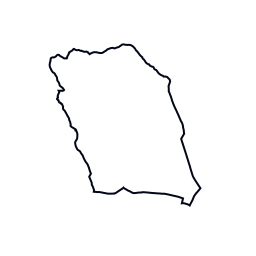 outline of Sura Mica, Sibiu, Romania, rotated 64°
{"feature_id": "2599482B27729481581318", "entity_name": "Sura Mica", "entity_type": "district", "adm_level": 2, "iso_a3": "ROU", "parent_name": "Romania", "parent_adm1": "Sibiu", "projection": "albers", "projection_center": [24.025, 45.833], "detail": "fine", "context": "isolated", "style": "outline", "palette": "ink", "viewbox_px": 256, "rotation_deg": 64, "n_neighbors": 0, "source": "geoboundaries", "source_scale": "gbopen_adm2", "svg_char_len": 5625}
<svg xmlns="http://www.w3.org/2000/svg" viewBox="0 0 256 256"><g transform="rotate(64 128 128)"><path d="M181.1,168.6L180.9,166.5L180.2,161.4L180.0,159.7L179.8,158.8L179.6,158.2L180.1,158.1L180.6,157.8L181.3,157.4L182.0,156.8L182.4,156.6L183.3,156.0L184.1,155.5L184.9,154.8L186.8,153.3L187.9,152.6L188.8,151.8L189.6,150.2L190.6,147.0L191.2,145.7L191.5,145.0L191.6,144.6L191.8,144.0L192.1,143.6L192.2,143.2L192.2,142.7L194.5,138.8L197.3,134.3L197.7,133.5L199.0,131.3L200.1,129.5L200.4,129.0L200.7,128.2L201.1,127.6L201.6,126.9L202.4,125.5L202.9,124.3L204.9,121.6L211.5,113.4L213.6,111.2L215.4,109.4L219.3,112.6L219.5,112.0L219.8,111.3L220.3,110.5L222.4,108.2L223.8,107.0L224.7,106.5L223.5,105.0L222.8,104.0L221.1,101.7L218.6,98.9L217.9,97.9L217.5,97.2L216.9,96.0L216.6,95.6L216.4,94.9L215.4,92.7L215.0,91.7L213.9,89.3L211.8,89.6L204.1,90.6L201.4,90.8L199.4,90.8L192.2,89.7L189.6,89.2L175.8,87.1L169.5,86.2L167.4,85.9L161.1,85.0L157.7,80.0L157.4,80.0L155.6,79.3L154.2,78.8L151.4,78.2L150.7,77.8L148.7,77.4L146.8,77.2L145.3,77.4L137.6,77.0L135.7,77.0L133.6,76.9L132.4,76.9L131.3,76.9L130.2,76.9L125.9,76.7L124.4,76.5L122.7,76.4L121.3,76.1L118.6,75.7L115.7,75.5L114.4,75.3L113.1,75.3L112.7,75.2L112.2,75.0L111.8,74.7L110.0,73.9L108.7,73.4L108.0,73.1L106.1,71.1L105.3,70.4L104.8,69.8L104.6,69.7L102.6,69.3L102.1,69.5L101.4,69.8L100.8,70.0L100.0,70.2L99.4,70.4L99.2,70.6L98.2,71.7L97.9,72.3L97.5,73.3L97.3,73.5L96.5,73.7L96.0,74.0L95.5,74.6L94.1,75.6L93.4,75.9L92.5,76.4L92.0,76.5L90.0,76.9L88.5,77.1L88.3,77.2L87.7,77.8L87.3,78.1L86.6,78.4L86.1,78.5L85.3,78.4L84.4,78.5L84.0,78.7L83.1,79.8L82.3,80.4L81.9,80.8L81.2,81.0L80.7,81.0L80.4,81.1L80.2,81.1L80.0,81.4L79.7,81.8L79.4,81.9L78.0,82.9L77.3,83.1L76.5,83.3L76.0,83.3L74.6,83.5L73.4,83.7L72.3,84.2L71.0,84.3L70.7,84.3L70.5,84.2L69.2,84.8L67.7,85.3L63.5,86.1L62.3,86.5L61.7,86.8L59.7,86.9L57.7,87.5L56.7,87.8L56.3,88.1L55.9,88.4L54.9,89.0L54.3,89.7L53.5,91.0L53.2,91.8L53.0,92.3L52.3,93.4L51.7,94.4L51.2,94.9L50.9,95.4L50.7,95.7L50.5,96.5L50.5,97.0L50.9,99.0L50.9,99.7L51.1,100.4L51.2,100.8L51.1,101.3L50.8,102.3L50.8,102.7L50.7,103.5L50.7,104.0L50.6,104.7L50.6,105.1L50.5,105.3L50.0,105.7L49.3,106.5L48.8,107.9L48.6,108.6L48.5,110.3L48.5,110.9L48.3,111.5L48.3,111.8L48.3,112.2L48.5,112.6L48.5,112.9L48.6,113.1L48.7,113.4L48.9,114.3L48.9,114.8L49.0,116.3L49.2,117.0L49.2,117.7L49.1,118.6L48.8,119.4L48.0,120.8L46.9,122.2L46.6,122.5L46.0,123.3L45.7,123.8L45.3,124.6L45.0,125.2L44.7,126.9L44.7,128.0L44.7,128.8L44.8,130.2L44.2,130.3L43.4,130.6L42.9,130.9L42.1,130.9L42.0,131.1L41.3,131.7L40.9,132.2L40.8,132.9L40.6,133.3L40.4,133.8L39.9,134.4L39.4,134.8L38.8,135.5L38.2,135.8L38.1,136.0L38.1,136.4L37.9,136.7L36.9,137.6L36.5,137.8L36.2,138.1L35.9,139.3L35.5,140.1L35.3,140.4L35.1,140.6L34.9,140.7L34.5,141.1L33.6,141.6L33.3,141.8L33.1,142.1L33.2,142.5L33.4,143.2L33.9,143.9L33.9,144.3L33.9,144.9L34.0,145.4L34.1,146.2L34.1,147.2L34.2,147.6L34.4,147.9L34.7,147.9L34.8,148.1L35.0,148.5L35.9,149.3L36.1,149.7L36.3,150.1L37.3,151.4L38.4,152.1L38.6,152.4L38.6,152.6L38.4,153.0L38.1,153.4L37.8,154.0L37.6,154.7L37.3,155.0L35.4,156.1L34.8,156.6L34.6,156.8L33.9,157.1L33.4,157.5L33.0,157.7L32.6,157.8L32.2,157.9L31.9,158.1L31.6,158.6L31.4,159.2L31.4,159.7L31.9,161.0L32.1,162.0L32.2,163.0L32.0,163.8L31.6,164.4L31.4,165.1L31.3,165.5L31.4,166.6L31.5,166.8L32.4,167.4L33.0,167.9L33.4,168.2L34.2,168.6L34.6,169.1L34.9,169.4L36.6,170.6L37.3,170.9L38.0,171.2L38.4,171.3L40.0,171.5L41.0,171.4L41.6,171.5L42.5,171.5L44.6,171.2L45.1,171.1L45.5,170.8L45.9,170.5L46.7,170.1L47.1,170.0L48.1,170.1L48.9,169.9L50.2,169.8L50.8,169.7L51.1,169.7L52.0,169.9L53.8,170.5L54.4,170.7L54.9,170.6L55.9,170.4L56.4,170.3L57.3,170.3L58.7,170.5L59.6,170.7L60.0,170.7L60.4,170.6L63.6,169.1L64.1,169.0L65.8,168.8L66.0,169.5L65.9,170.5L65.8,170.8L65.5,171.2L65.1,171.9L64.6,173.1L64.1,174.0L64.9,174.0L65.6,174.0L65.8,174.3L66.1,174.7L66.6,175.1L66.9,175.7L67.1,175.8L68.1,176.9L68.4,177.1L68.6,177.3L68.9,177.4L69.6,177.4L69.9,177.5L70.1,177.7L70.2,178.1L70.3,178.6L70.4,178.8L70.7,179.0L71.2,179.1L71.4,179.0L71.5,178.8L71.9,178.8L72.0,178.6L72.6,178.3L72.9,178.3L73.3,178.4L73.7,178.6L74.0,178.7L74.4,178.6L74.7,178.6L75.1,178.2L75.4,178.1L75.5,177.9L76.1,177.9L76.3,177.8L76.4,177.3L76.6,177.2L76.9,177.2L77.1,177.3L77.3,177.2L77.8,176.8L78.0,176.9L80.4,177.0L81.0,177.4L81.3,177.6L82.5,178.0L83.1,177.9L84.2,177.5L84.9,177.3L85.9,177.3L86.3,177.2L87.8,177.1L90.6,177.1L91.6,176.9L92.5,176.9L93.6,176.8L94.6,177.1L94.8,177.3L95.0,177.3L95.7,177.4L96.3,177.3L97.1,177.3L97.6,177.4L97.8,177.5L98.6,177.8L99.0,177.8L99.8,178.0L100.2,178.2L100.8,178.7L101.0,178.7L101.5,178.5L102.0,178.4L103.0,177.8L103.4,177.6L104.1,177.0L105.1,176.5L105.2,176.4L105.7,176.1L105.9,175.9L106.2,175.8L106.6,175.6L106.8,175.9L107.2,176.3L107.5,176.0L108.0,175.7L109.3,175.8L109.5,175.9L110.2,175.9L110.6,176.0L111.7,176.4L112.4,176.7L113.4,177.3L113.9,177.5L114.6,178.0L115.1,178.3L115.4,178.5L116.8,180.7L117.5,181.6L117.7,181.8L118.6,182.2L119.4,182.4L120.9,182.8L121.2,182.9L122.6,182.9L123.6,182.9L125.1,182.9L125.6,182.7L125.9,182.5L128.1,181.3L129.7,181.3L132.6,180.8L133.5,180.8L135.3,181.0L137.2,181.0L139.7,180.9L141.5,180.5L143.2,180.3L145.2,180.5L146.1,180.4L146.8,180.6L147.4,180.7L150.6,181.2L152.7,181.3L153.6,182.5L154.6,184.0L154.8,184.2L155.0,184.3L155.7,184.3L156.3,184.3L161.0,184.6L161.9,184.8L162.5,185.2L163.8,185.4L164.2,185.4L164.5,185.3L165.9,185.4L167.7,185.6L168.6,185.7L169.3,185.9L170.3,186.7L172.4,183.2L172.7,182.4L172.9,181.9L173.8,180.8L174.5,179.7L174.9,179.3L178.3,174.7L178.6,174.1L180.4,170.3L180.5,169.8L180.8,168.8L180.9,168.7L181.1,168.6Z" fill="none" stroke="#020617" stroke-width="2"/></g></svg>